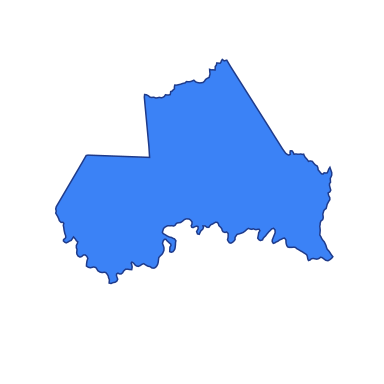 Itapetinga, Bahia, Brazil (Robinson projection), rotated 339°
{"feature_id": "56859067B19458731628359", "entity_name": "Itapetinga", "entity_type": "district", "adm_level": 2, "iso_a3": "BRA", "parent_name": "Brazil", "parent_adm1": "Bahia", "projection": "robinson", "projection_center": [-40.051, -15.316], "detail": "fine", "context": "isolated", "style": "filled", "palette": "blue", "viewbox_px": 384, "rotation_deg": 339, "n_neighbors": 0, "source": "geoboundaries", "source_scale": "gbopen_adm2", "svg_char_len": 5411}
<svg xmlns="http://www.w3.org/2000/svg" viewBox="0 0 384 384"><g transform="rotate(339 192 192)"><path d="M271.7,81.4L270.3,81.2L269.0,81.1L267.8,79.1L266.5,80.0L265.6,81.1L264.3,81.9L263.0,81.2L261.4,80.4L260.1,82.4L258.7,83.1L258.1,84.6L257.2,86.4L255.5,85.5L253.8,84.9L252.4,83.8L251.7,86.1L251.1,88.4L250.0,89.8L249.2,91.1L246.7,91.4L245.0,91.8L243.4,93.0L241.6,93.7L239.7,93.3L238.4,93.0L237.2,92.3L236.1,91.6L234.9,90.5L233.8,88.3L232.3,88.4L230.5,88.4L229.0,88.1L227.7,87.6L226.4,86.9L224.6,87.7L222.1,87.3L219.9,87.3L218.0,87.0L215.9,86.7L214.2,86.0L213.1,87.8L212.6,89.4L210.8,90.0L209.5,90.7L208.1,90.6L207.4,92.0L206.5,93.3L204.7,93.0L203.3,92.4L202.1,91.7L200.4,92.9L198.7,93.2L197.2,93.1L195.4,91.9L193.6,91.7L191.9,91.3L190.3,89.8L188.0,89.2L186.7,88.3L185.8,86.6L184.3,84.9L182.7,84.0L181.5,86.3L179.9,91.9L176.4,104.4L168.1,134.0L164.8,144.5L108.1,120.3L106.3,120.0L99.2,125.8L97.3,127.3L94.2,129.8L61.6,155.8L60.0,157.1L58.7,159.0L58.4,161.2L57.2,162.9L57.5,164.8L57.8,166.5L58.0,169.1L57.9,171.2L58.9,173.5L60.6,174.0L61.1,175.3L59.9,177.0L59.5,179.4L59.0,181.3L58.7,183.1L58.4,185.3L58.4,187.5L57.8,189.3L56.6,190.0L55.1,190.3L54.4,191.6L55.3,193.4L56.3,194.4L58.2,194.3L60.1,193.9L61.8,193.9L63.3,192.9L65.3,191.5L66.2,194.0L66.6,196.1L67.5,197.5L66.6,198.9L64.9,200.4L64.0,202.7L64.1,204.2L63.5,205.6L62.6,207.3L62.3,208.8L62.7,211.0L64.1,212.6L65.9,212.7L68.0,211.9L69.7,212.4L70.7,214.2L71.0,216.6L69.2,218.8L67.8,221.3L66.9,223.3L68.2,225.1L69.9,226.3L71.9,226.6L73.3,226.7L75.1,228.0L75.6,230.0L75.9,231.8L77.4,233.8L79.2,235.0L81.5,235.5L82.7,236.4L83.3,238.2L83.7,240.2L83.4,242.0L83.4,244.4L82.7,245.8L82.0,247.3L83.6,248.4L85.7,248.3L87.9,248.7L89.8,248.3L91.4,246.8L91.4,244.6L91.5,243.0L92.2,241.5L93.8,241.2L94.8,242.4L96.4,243.1L98.2,242.6L100.0,241.2L102.3,240.3L104.3,241.0L105.9,242.0L107.9,242.9L109.3,240.5L109.7,238.3L109.7,236.6L110.8,235.9L112.0,237.5L112.7,239.8L113.7,241.2L115.2,242.2L117.4,242.1L119.3,241.6L121.3,241.6L122.1,242.8L123.3,244.4L124.4,245.6L126.1,246.6L127.3,248.5L128.6,249.2L129.8,249.5L131.2,249.2L132.8,248.3L134.3,246.9L135.3,245.4L136.2,243.7L137.5,241.3L139.6,240.2L141.5,239.5L142.9,238.5L144.8,236.5L145.8,234.2L146.0,232.4L146.0,229.5L147.6,227.3L149.3,226.3L150.7,226.8L151.2,228.6L152.0,230.2L152.7,231.7L153.5,232.9L153.2,234.4L151.7,235.5L150.6,237.9L149.8,239.7L151.0,240.8L152.8,240.9L154.4,240.0L155.6,239.0L156.5,237.5L157.6,235.4L158.4,233.5L159.5,231.7L158.8,229.4L157.6,228.4L156.6,227.1L154.8,226.0L153.0,224.1L151.6,222.2L150.2,220.5L149.9,219.0L151.0,217.6L152.4,215.8L154.3,215.1L155.7,214.9L157.3,214.8L159.4,215.7L161.1,216.2L162.7,217.2L164.3,217.0L165.7,216.0L167.1,215.6L168.7,216.0L170.4,216.4L172.8,215.8L175.1,215.0L177.0,215.0L178.4,215.6L179.7,216.3L180.6,217.6L181.3,219.9L180.4,222.1L179.2,223.1L179.1,224.7L180.2,225.6L182.3,225.4L184.1,225.5L185.2,226.4L184.6,228.5L182.1,230.6L182.1,233.1L183.6,234.1L185.2,232.5L186.6,231.3L188.5,230.7L189.9,229.4L190.1,227.6L192.1,228.4L193.4,230.4L195.1,231.0L196.8,229.8L198.3,229.2L199.6,229.3L201.6,228.9L203.3,228.7L204.9,229.6L205.2,231.3L205.1,233.1L206.1,235.2L206.6,237.0L206.4,238.8L206.8,240.3L208.3,241.6L210.0,241.7L210.9,243.7L209.8,246.5L209.0,248.0L208.0,249.3L208.2,250.9L208.7,252.8L210.0,253.7L211.7,253.5L213.2,253.0L215.1,251.9L215.9,249.8L217.3,248.8L218.9,247.7L221.3,248.0L223.2,248.1L225.2,248.1L227.5,247.5L230.0,246.5L231.6,246.2L233.3,247.6L234.5,248.3L236.0,248.3L237.1,249.3L238.2,250.1L239.7,250.3L241.3,250.8L241.5,252.5L239.7,253.9L238.6,255.8L237.6,257.4L236.8,258.7L237.4,260.6L238.4,261.8L240.7,262.0L241.8,260.8L243.3,260.0L245.0,259.3L246.7,258.2L248.0,257.5L249.4,256.7L251.2,256.0L253.0,255.1L255.1,255.1L255.9,257.1L255.1,259.7L253.8,261.2L252.8,262.2L251.1,264.1L249.7,265.6L249.1,267.1L249.5,269.1L251.1,269.2L252.7,268.8L254.5,268.8L256.4,268.2L259.0,268.1L260.4,267.9L261.9,268.2L262.5,270.5L261.8,272.4L261.4,274.1L261.3,275.9L261.6,277.5L262.8,278.5L264.1,279.0L265.4,279.5L267.4,280.0L268.8,280.9L269.4,282.3L270.6,283.7L271.6,285.0L272.5,286.2L273.6,287.4L274.6,288.9L275.8,290.4L276.6,291.8L276.6,293.4L276.1,296.0L276.2,297.7L277.9,297.8L279.5,297.1L281.4,297.5L282.6,298.3L284.4,299.4L286.1,299.6L287.4,299.4L288.7,299.0L290.0,299.9L291.0,301.5L292.4,303.7L294.3,304.9L296.4,304.6L298.6,303.9L300.3,302.9L299.5,300.2L299.2,298.6L298.7,296.4L297.7,293.8L297.7,291.9L297.9,289.9L297.8,288.1L297.6,285.9L296.9,284.0L296.4,281.9L296.3,280.1L295.9,277.9L296.9,275.9L298.0,273.6L298.6,271.4L299.0,269.7L299.9,268.4L300.5,267.0L301.9,265.3L304.1,264.6L305.2,263.2L305.7,261.7L306.2,259.5L307.6,257.7L308.4,256.6L309.7,255.9L311.3,255.5L312.5,253.8L313.8,251.9L315.1,250.8L316.2,249.8L317.9,248.6L318.6,246.7L318.3,244.4L318.7,241.7L320.8,241.3L322.2,240.0L322.4,237.7L322.7,235.1L323.4,233.4L324.8,232.6L325.3,230.9L326.0,228.8L327.5,227.4L328.5,226.3L329.4,224.0L329.6,218.4L327.8,219.7L326.2,221.6L325.0,222.6L323.6,222.2L322.2,221.4L320.8,222.2L319.4,221.4L318.7,219.5L318.2,217.9L317.7,216.4L318.2,214.7L318.2,212.6L316.8,210.9L316.0,208.9L315.3,206.5L313.4,205.3L311.8,205.2L311.3,203.4L310.8,201.8L310.1,200.2L309.8,198.2L309.8,196.7L308.4,196.4L307.2,195.5L305.8,195.2L304.2,194.6L302.6,193.7L300.8,193.3L300.7,191.4L300.1,189.4L298.5,188.8L297.7,190.2L297.2,192.1L295.5,192.2L294.3,190.9L293.3,189.4L292.0,184.4L288.1,164.7L287.8,162.9L272.9,88.5L271.7,81.4Z" fill="#3b82f6" stroke="#1e3a8a" stroke-width="1.5"/></g></svg>